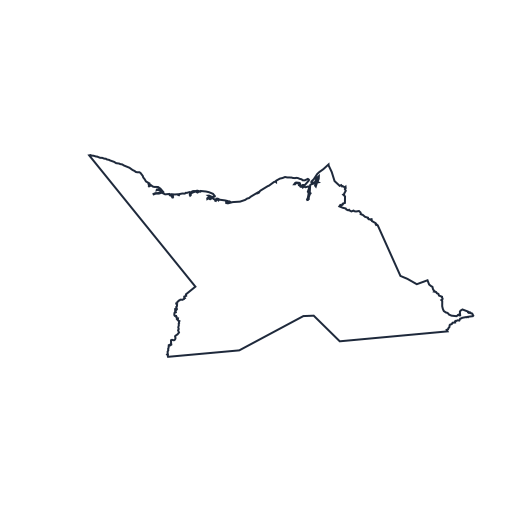 outline of Kerema District, Gulf, Papua New Guinea, rotated 141°
{"feature_id": "67681753B5662313405316", "entity_name": "Kerema District", "entity_type": "district", "adm_level": 2, "iso_a3": "PNG", "parent_name": "Papua New Guinea", "parent_adm1": "Gulf", "projection": "orthographic", "projection_center": [146.045, -7.858], "detail": "fine", "context": "isolated", "style": "outline", "palette": "slate", "viewbox_px": 512, "rotation_deg": 141, "n_neighbors": 0, "source": "geoboundaries", "source_scale": "gbopen_adm2", "svg_char_len": 6118}
<svg xmlns="http://www.w3.org/2000/svg" viewBox="0 0 512 512"><g transform="rotate(141 256 256)"><path d="M387.8,233.0L328.4,193.2L257.0,179.5L248.7,173.3L244.6,137.0L154.6,76.9L154.3,78.6L152.8,78.2L152.0,78.8L150.5,79.0L149.0,80.4L148.3,80.5L146.8,79.9L145.2,80.4L143.1,79.0L142.5,79.9L142.0,80.0L141.9,79.6L139.9,79.2L138.6,77.9L136.8,78.8L135.6,78.3L134.7,78.2L131.5,76.5L131.1,76.0L130.5,75.9L129.8,75.5L129.7,75.0L128.9,75.0L125.4,72.8L124.7,72.9L124.2,75.2L125.4,76.8L125.0,77.1L125.1,77.5L125.7,78.1L126.5,78.1L126.7,78.8L126.2,79.3L126.5,79.9L129.2,84.5L131.4,84.8L132.6,84.4L134.7,81.4L135.3,81.8L135.4,82.9L136.2,83.1L136.7,82.9L138.1,83.1L141.6,86.6L142.9,89.1L142.8,90.4L143.3,91.8L143.9,92.4L144.7,95.0L144.1,97.3L142.9,99.8L139.6,103.8L139.7,105.1L138.9,105.0L138.0,105.2L137.7,105.7L137.6,106.7L137.1,107.3L138.7,110.1L138.1,111.8L138.9,113.3L138.7,114.6L139.8,116.0L139.3,116.0L139.5,117.5L139.3,118.9L138.3,121.0L138.9,122.5L139.4,124.9L138.0,129.2L148.8,132.9L152.7,142.9L156.3,149.6L142.1,203.2L142.3,204.1L143.1,204.4L143.0,205.3L142.4,205.6L142.4,206.3L143.9,210.2L143.0,211.9L143.7,212.3L144.1,211.9L144.7,213.3L145.3,213.7L145.3,214.9L144.9,215.3L146.6,217.8L147.2,221.0L147.9,221.8L148.3,222.7L147.8,223.0L147.4,224.1L147.7,226.2L150.2,227.6L151.4,228.9L151.6,229.9L153.8,230.6L154.6,232.4L154.6,233.3L155.6,233.5L155.8,233.8L156.5,235.3L156.4,236.5L158.1,238.7L160.0,242.1L158.3,242.6L157.6,241.7L156.6,241.4L156.1,241.9L155.7,241.7L155.4,242.0L153.5,241.3L149.3,246.3L149.6,248.8L148.5,248.6L148.0,249.1L145.2,250.2L144.9,251.9L143.6,252.3L142.9,253.4L144.1,253.3L144.0,254.2L144.7,255.8L145.3,255.9L145.2,257.5L146.8,257.8L147.8,264.8L144.3,273.6L142.6,280.6L142.0,281.5L149.0,281.1L154.1,281.4L156.8,281.2L162.8,279.3L166.0,279.0L166.6,278.4L166.5,277.9L164.3,276.3L162.7,276.6L160.1,278.4L156.9,278.5L158.7,276.5L161.5,275.0L161.2,274.1L161.9,274.5L162.7,274.5L165.8,272.4L165.8,273.5L164.3,274.4L164.0,274.9L164.4,275.4L166.1,276.2L168.1,277.0L169.3,277.0L174.2,271.6L174.4,271.1L174.1,270.5L174.2,270.3L175.0,270.3L176.7,269.3L177.9,268.5L179.2,267.1L179.6,267.4L180.4,266.9L180.9,267.2L180.7,267.9L179.6,268.2L176.9,270.4L175.3,272.0L175.3,273.3L171.8,275.5L171.2,276.2L171.2,276.7L171.8,277.2L174.3,278.3L175.2,280.2L175.6,279.8L176.1,279.8L175.2,281.1L175.4,281.3L177.0,281.0L177.8,281.8L177.7,283.5L178.0,283.9L177.0,284.6L177.1,285.2L178.1,286.5L178.9,287.5L180.6,287.2L181.2,287.7L179.7,288.1L178.6,287.9L176.3,285.6L176.1,285.1L176.3,284.4L177.0,283.4L177.3,282.4L177.0,282.0L175.0,281.8L173.4,280.4L167.6,281.4L166.9,281.8L166.9,282.4L167.2,283.3L170.5,284.1L172.1,285.5L172.3,286.9L173.4,288.3L174.4,290.2L175.4,291.3L176.7,292.0L178.2,293.4L179.1,294.7L182.4,297.5L183.7,299.1L186.3,299.9L188.7,301.1L192.6,301.8L193.1,301.8L193.9,300.8L194.1,301.7L195.5,302.2L201.7,302.5L202.9,302.9L211.3,304.0L212.0,304.0L214.0,303.4L215.0,303.7L214.5,304.2L215.0,304.3L222.7,305.4L225.0,305.4L226.7,306.2L229.1,306.4L234.2,308.3L240.1,312.5L244.7,314.6L245.8,315.9L245.0,317.1L244.7,317.1L244.1,316.4L243.6,316.8L245.2,318.8L248.8,322.6L249.4,324.2L250.2,325.2L251.0,325.3L251.0,324.9L249.5,323.7L249.7,322.9L250.2,322.8L250.3,323.8L250.8,324.2L251.9,324.5L252.6,324.1L252.9,324.6L252.3,325.4L253.0,326.9L253.3,328.3L254.3,328.9L255.6,328.8L256.2,329.4L256.3,330.6L258.0,330.9L257.6,331.5L256.9,331.5L255.8,330.7L255.6,329.4L255.3,329.2L254.6,329.5L254.2,329.9L254.3,330.4L255.4,331.6L254.8,331.8L255.1,332.9L254.5,332.5L253.0,329.6L250.8,328.2L250.3,328.4L250.3,331.4L252.4,335.2L254.3,337.6L258.1,341.4L258.6,341.3L258.1,340.5L260.0,342.0L261.5,342.1L261.6,342.3L261.0,342.5L261.1,342.8L262.8,344.3L265.5,345.3L266.9,345.4L267.7,345.3L268.5,344.3L269.2,344.3L269.0,345.2L267.2,346.7L267.1,347.1L267.4,347.5L270.1,348.6L270.8,349.3L272.1,349.3L273.9,350.9L276.3,352.2L277.6,351.7L278.0,352.3L277.5,352.9L280.5,355.0L282.8,357.2L283.1,357.2L283.3,356.9L282.0,355.6L282.9,355.1L283.3,354.0L283.9,353.8L284.2,354.2L283.7,355.9L284.7,357.3L284.7,357.9L284.0,358.2L284.1,358.6L287.8,361.1L289.4,364.5L292.2,365.6L294.7,367.6L296.7,368.3L296.6,368.7L295.4,368.4L294.2,367.9L293.1,366.9L291.8,366.3L289.2,365.7L288.9,367.4L290.9,369.3L291.8,369.6L291.3,370.0L290.9,370.0L289.3,368.5L288.9,368.6L288.6,368.4L288.3,364.3L288.1,364.1L287.8,364.1L287.9,368.5L288.7,371.3L291.5,373.6L292.5,374.9L293.4,378.5L293.8,378.8L294.0,378.7L294.5,377.2L295.3,377.4L295.3,377.8L294.6,378.2L294.2,379.7L293.9,380.1L293.4,380.1L294.6,383.2L294.2,385.8L294.2,388.0L293.6,389.5L293.5,393.3L293.9,394.4L295.6,395.8L296.6,397.1L296.8,398.4L297.8,400.5L298.8,404.2L301.7,409.5L302.3,411.3L303.7,412.9L304.2,414.0L306.3,416.2L307.0,418.4L309.4,422.3L309.6,423.0L311.2,425.0L311.5,426.1L312.7,427.2L313.7,429.0L315.4,430.5L317.0,433.4L317.6,433.8L319.2,436.2L320.8,437.7L321.0,438.5L322.3,439.2L322.4,270.3L334.6,270.3L335.3,269.0L337.3,269.6L337.7,268.9L337.8,268.2L338.3,268.5L338.9,267.9L340.8,268.3L342.0,269.5L342.5,269.7L343.4,269.6L343.8,269.9L346.2,269.7L346.8,269.1L347.8,269.4L348.1,268.7L348.0,267.8L349.0,266.8L350.0,266.6L350.6,265.2L351.1,265.6L351.3,265.5L351.4,264.3L351.9,264.2L352.5,265.3L353.5,264.0L353.5,263.1L353.7,262.7L354.2,262.9L354.3,263.4L354.6,263.3L355.3,263.0L356.6,261.6L356.8,260.6L355.8,259.7L356.2,259.0L356.1,258.7L356.5,258.4L356.4,257.5L357.2,256.9L357.2,256.5L356.2,256.3L357.0,255.5L357.1,254.8L356.5,253.6L357.5,253.1L358.0,252.2L358.6,252.1L359.6,250.7L361.3,249.5L362.0,247.9L363.3,247.3L364.0,245.0L366.3,244.5L369.0,244.7L369.7,244.2L369.9,243.4L370.5,242.6L371.5,242.1L372.4,242.0L373.2,242.5L374.0,243.7L375.1,244.0L376.7,241.9L377.4,241.4L377.3,240.8L377.6,240.4L379.1,240.6L379.3,241.4L379.9,241.6L381.8,239.6L382.8,239.1L383.4,238.0L385.0,237.2L386.0,235.7L387.0,235.4L386.6,234.7L387.4,233.9L387.8,233.0ZM266.3,346.4L265.9,345.9L264.4,345.8L261.9,344.3L264.0,346.0L264.8,346.3L266.3,346.4ZM261.6,344.0L259.7,342.2L259.4,342.2L260.6,343.8L261.3,344.1L261.6,344.0ZM243.7,315.3L242.6,314.9L242.1,314.2L241.9,314.3L242.3,315.2L243.0,315.5L243.7,315.3ZM160.0,276.8L160.8,276.5L161.6,275.8L159.9,276.4L160.0,276.8Z" fill="none" stroke="#1e293b" stroke-width="2"/></g></svg>